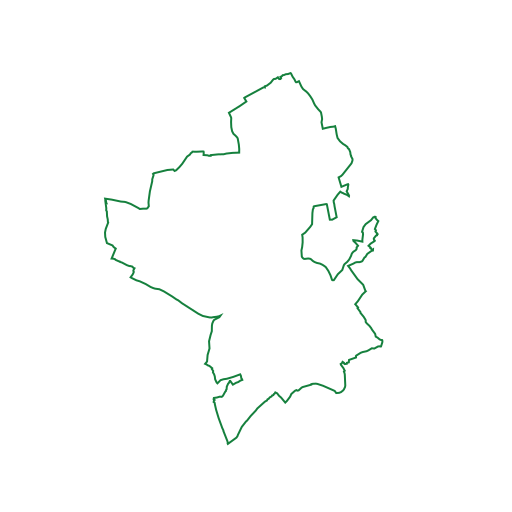 Criseni, Salaj, Romania, rotated 308°
{"feature_id": "2599482B83066193971457", "entity_name": "Criseni", "entity_type": "district", "adm_level": 2, "iso_a3": "ROU", "parent_name": "Romania", "parent_adm1": "Salaj", "projection": "albers", "projection_center": [23.064, 47.251], "detail": "fine", "context": "isolated", "style": "outline", "palette": "green", "viewbox_px": 512, "rotation_deg": 308, "n_neighbors": 0, "source": "geoboundaries", "source_scale": "gbopen_adm2", "svg_char_len": 6147}
<svg xmlns="http://www.w3.org/2000/svg" viewBox="0 0 512 512"><g transform="rotate(308 256 256)"><path d="M333.3,344.1L332.5,343.8L332.6,341.3L333.2,341.2L333.3,338.4L336.3,338.7L340.9,340.3L341.3,340.1L341.3,339.2L341.7,338.6L342.4,338.0L345.8,338.0L346.8,338.6L347.5,338.0L348.0,338.4L348.3,338.1L348.8,335.1L350.1,334.7L350.4,333.1L355.0,331.7L358.8,330.9L358.9,329.3L359.4,326.9L360.4,326.3L360.2,325.5L358.6,324.6L355.1,324.6L348.6,322.8L345.0,322.9L340.3,324.7L340.3,325.7L339.0,327.0L334.3,329.8L332.8,331.0L330.5,326.3L328.4,322.9L327.9,323.4L327.8,324.1L327.6,326.5L326.9,330.1L324.7,330.0L323.6,330.9L322.0,331.0L319.3,330.1L317.6,330.0L316.3,330.2L314.8,330.8L310.5,331.6L307.5,331.5L304.2,330.8L302.8,330.9L298.1,332.6L292.0,331.7L284.9,332.2L284.3,331.6L284.0,331.1L284.0,330.6L286.7,326.5L288.8,322.2L290.2,317.9L290.2,316.2L290.0,313.8L289.4,311.1L288.0,308.2L287.3,305.8L287.1,303.8L287.3,301.3L287.1,300.3L286.2,298.7L283.7,296.2L283.2,295.3L283.2,294.2L283.5,293.0L283.8,292.4L288.3,288.4L291.4,286.9L295.4,284.4L299.3,281.3L301.2,279.3L304.7,280.4L312.4,280.8L315.6,280.6L324.6,274.0L327.8,272.1L329.1,271.9L330.5,271.0L330.9,271.1L340.1,279.3L340.4,279.8L340.1,280.3L330.1,291.8L331.6,293.7L336.2,295.7L343.7,287.1L345.0,285.8L346.2,284.2L347.5,283.0L354.5,282.6L358.6,282.8L358.7,284.5L359.1,285.7L359.3,287.1L360.2,290.1L360.3,292.5L360.7,292.3L361.2,291.5L362.8,287.6L365.4,287.0L366.3,286.3L369.1,284.8L369.3,284.3L368.4,283.7L363.1,280.7L368.8,272.7L371.3,273.8L373.3,274.1L387.8,274.2L390.5,273.3L391.8,272.4L393.1,269.5L393.7,269.1L394.0,268.2L395.9,266.3L397.5,263.5L397.4,263.0L397.6,261.8L398.2,260.9L398.2,258.1L397.9,255.6L398.1,251.6L399.2,247.6L401.5,244.7L405.5,240.4L407.0,238.4L405.7,237.5L403.5,235.2L400.6,232.8L397.4,230.3L401.7,225.3L404.6,223.8L406.4,222.0L409.0,219.0L409.4,218.1L409.9,214.7L411.1,209.8L412.0,207.8L414.0,204.1L415.3,200.4L416.2,197.0L416.5,194.7L416.5,190.5L416.9,189.1L417.5,187.4L420.2,182.2L418.1,181.2L417.6,180.6L417.7,179.9L418.9,177.5L419.8,174.5L421.4,171.2L421.4,170.6L419.1,169.2L417.6,167.6L415.6,166.5L414.9,165.7L413.7,165.7L412.2,165.0L411.6,166.3L410.5,166.3L409.9,165.6L409.7,164.9L410.3,163.2L407.7,162.4L406.6,161.2L405.5,160.9L401.6,160.9L397.0,159.7L395.2,158.5L394.3,159.2L394.0,158.5L393.3,158.0L374.1,149.6L373.3,149.4L371.8,153.3L364.5,151.0L352.2,146.5L349.9,151.0L349.4,151.6L346.2,153.9L342.3,157.2L339.6,160.4L338.4,163.0L338.2,165.9L337.8,168.3L337.3,169.3L333.2,173.9L330.0,176.9L327.1,179.1L322.9,174.1L318.5,169.6L316.3,167.9L312.7,163.5L307.7,158.3L307.3,158.7L307.0,158.5L306.0,157.3L305.5,155.8L303.3,152.5L305.1,151.3L306.0,150.4L305.8,149.9L301.5,144.9L299.1,141.7L298.4,141.8L296.7,141.3L295.3,141.5L291.9,140.5L283.2,141.1L278.9,140.9L274.4,140.3L272.9,139.5L273.2,137.5L269.2,133.2L258.2,124.5L257.3,124.3L256.9,125.3L256.4,125.6L252.6,127.0L251.0,128.2L241.6,132.6L233.7,137.2L231.9,138.4L229.2,140.9L226.7,141.0L225.8,140.5L223.9,138.0L221.5,135.5L221.4,134.0L219.9,125.3L218.4,120.5L217.8,119.2L215.7,116.0L211.6,107.6L208.3,101.8L207.8,102.4L207.9,102.8L206.8,104.2L206.3,104.4L206.0,104.9L205.9,104.1L201.5,108.6L199.7,109.9L199.3,111.0L195.6,114.2L193.6,116.6L191.7,118.3L191.4,118.9L184.9,120.9L181.5,122.6L178.2,125.5L174.4,130.6L176.0,136.5L175.5,137.9L175.4,139.5L175.5,140.9L165.1,143.8L166.1,145.3L166.7,147.0L166.5,147.7L167.4,151.3L167.8,152.0L167.6,152.5L168.3,154.3L169.3,159.9L170.1,162.4L170.9,163.5L171.1,164.3L171.5,165.0L171.2,166.8L171.5,167.8L169.2,168.2L168.6,168.7L168.3,169.4L167.7,169.7L165.5,170.2L162.0,170.3L162.2,171.9L163.2,176.7L164.5,180.0L165.2,183.0L166.0,186.4L166.7,192.0L167.4,194.6L168.1,196.5L170.3,200.3L171.4,205.2L172.5,214.9L172.8,220.3L173.1,221.2L173.2,223.0L173.2,226.7L175.0,246.1L176.0,251.0L179.1,257.4L180.2,258.9L181.5,260.0L183.9,262.4L185.8,264.0L187.2,264.7L185.2,264.8L180.1,262.4L178.6,262.4L175.9,263.1L173.9,264.2L169.5,267.5L165.9,268.8L159.9,271.5L154.5,276.3L148.2,278.8L142.7,282.4L139.7,282.3L140.1,284.0L140.2,285.6L140.7,286.9L140.6,290.6L139.8,290.7L139.0,293.1L137.8,293.7L137.0,295.8L135.7,297.7L133.7,299.7L132.1,302.8L131.9,304.0L136.3,304.5L138.9,306.3L141.3,308.6L146.7,312.5L153.0,316.4L152.2,318.0L150.7,319.6L150.3,320.9L149.9,321.5L148.2,320.4L145.7,319.6L143.9,318.4L140.4,317.0L141.7,312.6L141.4,312.3L139.0,312.8L138.4,312.6L135.1,313.4L132.8,314.9L131.7,314.9L131.1,315.4L130.0,315.3L125.5,316.0L123.9,315.7L122.9,314.1L120.4,312.3L118.2,310.2L117.7,310.4L117.6,310.7L117.0,310.9L117.0,311.9L116.5,311.7L114.9,312.5L115.0,313.5L114.6,314.1L113.8,314.9L110.3,319.2L105.3,326.3L100.5,334.0L99.9,334.9L98.4,337.8L98.0,338.1L92.4,347.6L91.2,349.0L90.8,349.1L90.6,349.5L100.8,352.4L102.7,352.3L103.8,351.9L112.6,350.0L119.4,350.0L120.8,350.3L126.6,350.3L134.1,351.0L136.7,350.9L146.8,352.7L148.9,353.6L150.2,353.3L151.2,353.9L153.1,353.9L154.8,354.7L156.1,354.6L157.0,355.3L158.3,355.1L158.9,355.4L160.4,355.2L160.8,357.2L160.0,360.3L159.9,362.9L158.5,369.3L160.9,369.6L166.2,369.5L169.0,368.8L173.8,369.7L175.2,370.4L175.3,371.4L176.3,372.3L180.4,373.0L181.5,373.5L188.7,378.8L189.1,378.5L190.3,379.5L192.2,381.7L193.0,383.1L195.0,388.7L197.9,400.1L198.1,401.2L197.4,403.6L199.3,405.7L201.1,406.8L203.7,407.4L205.0,407.4L207.6,406.8L208.9,406.1L217.2,399.0L218.1,398.0L219.1,396.4L220.2,396.6L221.5,393.8L222.6,389.8L223.1,389.2L224.3,389.7L225.9,389.4L226.0,391.1L225.9,391.3L225.5,391.6L225.5,392.5L227.0,393.9L227.8,393.4L229.3,394.6L231.4,393.3L237.6,397.3L238.7,396.3L239.2,396.3L244.2,398.1L246.0,399.2L249.1,401.8L250.9,402.7L254.6,404.1L255.9,406.2L259.9,407.9L261.0,409.1L261.2,409.7L261.7,410.2L265.7,408.7L266.8,408.0L267.4,407.2L266.8,406.2L266.4,404.8L266.5,402.0L266.2,400.0L268.0,397.8L269.4,392.7L270.1,391.1L270.8,388.3L271.1,384.7L271.6,383.0L272.9,382.0L273.3,381.2L274.4,378.2L275.5,373.3L276.1,372.8L277.4,368.1L278.3,368.1L279.1,363.9L283.1,364.1L291.0,363.5L295.8,364.2L295.8,363.8L299.3,358.2L300.3,350.2L303.3,339.9L304.1,337.8L304.9,334.7L310.1,337.5L311.9,338.2L313.2,339.2L314.9,341.4L316.8,342.7L317.6,342.9L321.6,342.4L322.6,342.8L326.2,342.4L331.2,343.9L332.3,344.8L333.3,344.1Z" fill="none" stroke="#15803d" stroke-width="2"/></g></svg>